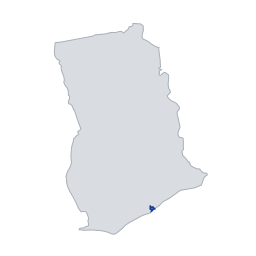 Gomoa Central, Central, Ghana shown in context, rotated 350°
{"feature_id": "2480657B15531990631346", "entity_name": "Gomoa Central", "entity_type": "district", "adm_level": 2, "iso_a3": "GHA", "parent_name": "Ghana", "parent_adm1": "Central", "projection": "mercator", "projection_center": [-0.697, 5.353], "detail": "fine", "context": "in_parent", "style": "filled", "palette": "blue", "viewbox_px": 256, "rotation_deg": 350, "n_neighbors": 0, "source": "geoboundaries", "source_scale": "gbopen_adm2", "svg_char_len": 3358}
<svg xmlns="http://www.w3.org/2000/svg" viewBox="0 0 256 256"><g transform="rotate(350 128 128)"><path d="M158.3,27.6L160.3,29.5L160.7,30.6L160.0,34.8L158.5,37.7L157.6,40.4L157.7,41.8L158.6,43.2L161.7,45.3L163.3,46.7L165.1,48.8L167.3,50.9L170.9,53.6L172.5,54.0L172.4,54.8L171.9,55.8L171.5,65.8L171.3,68.4L171.0,69.7L170.7,73.4L170.3,73.9L169.6,73.9L168.9,74.0L168.8,74.8L169.0,75.5L171.2,76.1L170.8,76.6L169.1,77.1L168.4,78.3L168.7,79.5L167.8,80.6L168.1,81.3L168.6,81.8L169.6,81.6L172.1,79.9L173.2,79.7L174.6,80.0L177.0,82.6L177.1,83.9L176.1,88.3L175.1,91.7L175.0,96.2L176.0,98.7L175.9,100.1L174.7,101.3L172.2,103.1L172.4,104.3L173.5,106.5L175.7,108.9L179.9,112.0L182.1,116.0L182.1,117.6L180.9,119.2L179.3,120.6L178.8,122.6L179.5,135.9L176.2,141.7L176.2,143.3L176.5,145.3L177.4,146.4L179.1,146.7L180.5,147.8L180.0,151.9L179.2,156.0L179.1,158.0L178.7,159.0L177.4,159.7L176.9,161.0L177.3,162.6L177.0,163.8L177.7,165.4L179.2,167.3L181.7,172.0L182.6,172.4L183.0,173.4L182.7,174.4L183.7,176.5L186.4,178.6L189.2,180.4L191.5,180.7L192.1,182.3L193.6,184.4L194.6,185.3L196.4,185.9L197.8,186.2L197.9,188.0L195.3,189.2L193.6,191.0L192.2,193.8L190.4,196.9L184.1,198.4L181.6,198.5L168.6,198.5L156.4,204.5L149.4,206.7L145.1,210.0L139.3,212.4L135.3,215.4L126.9,216.7L113.1,221.3L108.8,223.1L104.4,226.3L97.3,230.1L94.5,230.0L88.9,226.5L84.8,224.8L74.5,222.1L66.9,221.1L63.2,219.9L62.2,219.7L63.1,218.5L65.2,218.4L67.4,218.8L69.1,217.8L71.6,217.7L72.3,216.7L72.5,214.2L72.4,212.1L73.3,211.2L73.5,208.8L72.3,203.5L71.4,202.9L67.0,202.2L66.7,201.1L65.9,200.0L65.0,197.3L64.0,193.2L62.5,188.1L59.5,179.8L58.7,176.8L58.2,173.8L58.1,170.3L58.7,168.9L58.6,167.1L58.4,165.2L60.5,161.0L64.6,155.8L65.5,153.9L66.3,152.6L66.4,150.7L67.1,144.6L69.1,137.3L70.3,134.5L71.2,133.0L72.2,130.6L72.4,129.4L76.2,126.6L78.0,125.8L78.4,124.7L77.8,123.4L78.1,122.6L79.0,122.2L80.4,121.8L81.4,120.6L79.8,111.6L78.5,102.5L78.4,101.7L77.6,100.5L76.9,96.8L75.6,94.6L73.8,93.9L73.8,91.9L75.6,88.4L76.1,86.3L75.2,85.7L75.1,84.2L75.7,81.6L75.4,80.0L75.1,78.3L73.2,74.3L72.7,71.5L73.7,69.9L73.7,66.3L72.6,60.7L72.5,57.2L73.2,55.8L72.8,54.4L71.5,53.0L71.4,51.8L72.5,50.5L72.4,49.5L70.9,48.8L69.6,47.1L68.5,44.4L68.7,40.0L70.9,32.0L71.2,31.4L73.6,31.4L73.6,31.7L81.3,31.7L90.0,31.6L100.5,31.5L110.0,31.4L110.4,31.0L112.0,30.6L121.6,31.4L127.6,31.0L130.1,31.3L132.0,31.8L136.1,31.5L138.3,31.7L140.0,33.7L140.7,33.6L141.6,32.8L143.2,31.8L144.9,31.1L146.1,29.5L146.9,28.3L148.0,28.6L149.5,28.5L150.6,27.5L151.0,25.9L158.3,27.6Z" fill="#d9dde1" stroke="#a8b0b8" stroke-width="1"/><path d="M136.8,213.9L137.0,213.8L137.1,213.7L137.3,213.7L137.5,213.5L137.5,213.4L137.4,213.4L137.4,213.2L137.5,213.1L137.8,213.0L137.8,212.9L138.0,212.9L138.3,212.8L138.4,212.7L138.5,212.7L138.8,212.6L139.0,212.5L139.1,212.4L139.3,212.4L139.5,212.3L139.8,212.3L139.9,212.2L140.0,212.2L140.3,212.2L140.2,212.0L140.2,211.9L140.0,211.7L139.7,211.6L139.6,211.4L139.4,211.4L139.3,211.2L139.2,211.2L139.2,210.9L139.1,210.7L139.0,210.4L139.0,210.2L138.8,210.0L138.3,210.2L138.1,210.3L137.7,210.4L137.5,210.2L137.4,210.0L137.2,210.0L137.2,209.9L137.0,209.7L136.9,209.7L136.7,209.6L136.5,209.4L136.6,209.2L136.5,208.9L136.4,208.8L136.1,209.4L136.0,209.7L136.1,210.1L136.3,210.6L136.1,210.9L135.8,211.2L135.8,211.7L136.1,212.0L136.5,212.3L136.8,212.8L137.0,213.5L136.8,213.9Z" fill="#3b82f6" stroke="#1e3a8a" stroke-width="1.5"/></g></svg>